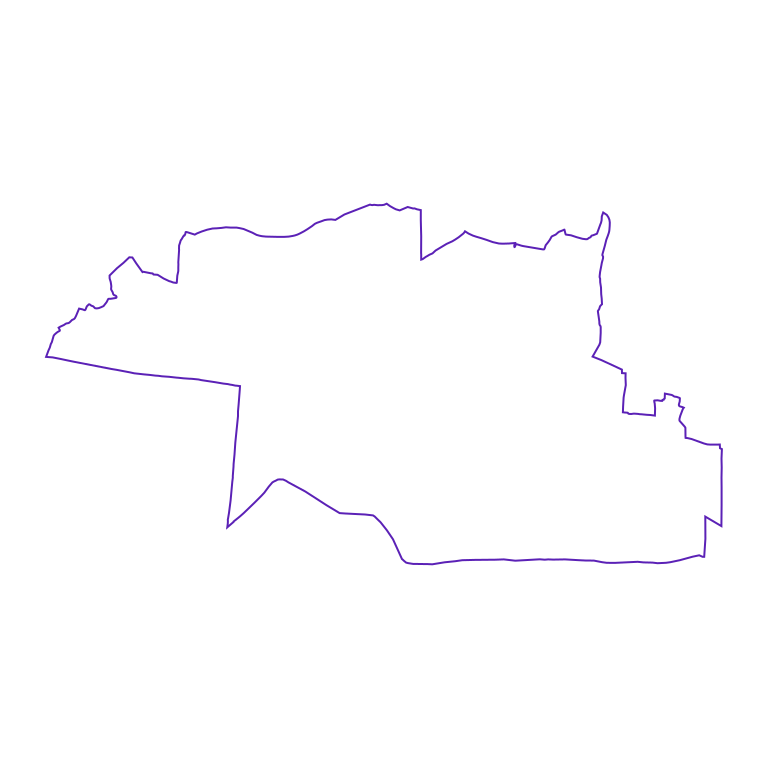 Lat Bua Luang, Phra Nakhon Si Ayutthaya, Thailand (Natural Earth projection)
{"feature_id": "78962969B9054765011768", "entity_name": "Lat Bua Luang", "entity_type": "district", "adm_level": 2, "iso_a3": "THA", "parent_name": "Thailand", "parent_adm1": "Phra Nakhon Si Ayutthaya", "projection": "natural_earth1", "projection_center": [100.34, 14.17], "detail": "fine", "context": "isolated", "style": "outline", "palette": "violet", "viewbox_px": 768, "rotation_deg": 0, "n_neighbors": 0, "source": "geoboundaries", "source_scale": "gbopen_adm2", "svg_char_len": 6041}
<svg xmlns="http://www.w3.org/2000/svg" viewBox="0 0 768 768"><path d="M233.6,521.9L233.6,521.5L237.9,518.1L240.2,516.2L243.6,513.2L254.4,502.8L261.6,495.6L264.3,492.7L268.8,486.6L272.4,482.4L274.3,481.3L275.5,480.8L277.7,479.6L279.3,479.4L283.1,479.5L286.0,480.8L288.3,482.3L305.3,491.5L326.5,505.2L339.6,513.1L345.3,513.5L365.1,514.5L373.0,515.4L374.7,516.5L377.5,519.3L380.6,522.3L386.9,530.3L393.0,539.3L402.0,559.1L402.6,559.5L403.7,560.6L406.1,562.6L408.0,563.1L413.0,563.9L428.0,564.1L432.3,564.3L444.6,562.3L455.4,561.2L462.3,560.2L474.6,559.9L495.4,559.7L503.8,559.4L515.3,560.7L539.8,559.3L544.7,559.7L548.2,559.4L553.2,559.6L565.0,559.4L579.0,560.2L585.3,560.5L593.9,560.6L602.2,562.2L606.7,562.8L614.5,562.9L637.7,561.8L643.6,562.4L652.4,562.6L657.6,563.2L666.0,562.8L670.3,562.2L679.8,560.2L692.6,556.7L699.2,555.3L702.6,556.8L704.2,556.8L705.4,538.8L705.3,516.6L721.4,526.1L721.6,504.9L721.6,487.4L721.5,477.6L721.7,467.6L721.5,458.6L721.9,449.1L720.5,448.5L720.0,448.2L719.8,444.5L717.8,444.6L710.3,444.6L707.3,444.4L704.0,443.5L691.5,439.0L687.6,438.1L685.6,437.9L685.5,436.8L685.4,428.2L685.3,427.5L684.5,426.4L679.9,421.2L679.6,420.8L679.4,420.0L679.5,418.7L680.3,415.7L682.7,409.4L683.1,408.6L683.8,407.7L682.7,407.2L679.7,406.3L679.3,406.0L679.1,405.7L678.9,405.2L678.9,404.4L679.7,401.5L679.9,398.4L679.7,398.0L679.2,397.8L676.7,396.9L674.6,396.6L673.9,396.3L672.5,395.3L671.5,394.9L664.9,393.6L664.7,398.5L663.9,399.1L663.7,399.7L662.8,399.8L662.5,399.9L662.4,400.7L662.2,400.9L660.4,400.8L657.6,400.3L654.4,400.5L654.2,400.8L654.4,402.3L654.7,403.4L655.1,408.3L654.9,415.6L650.3,415.0L646.8,414.8L641.7,414.3L639.8,414.2L638.0,413.9L635.1,413.7L633.2,413.7L631.2,414.0L629.1,413.9L628.5,413.7L628.2,413.5L627.8,412.8L627.5,412.7L624.7,412.5L622.9,412.3L623.1,406.5L623.6,397.7L623.9,395.6L625.8,385.1L625.5,377.8L625.6,373.3L622.0,373.1L621.9,369.6L601.4,360.1L592.6,356.6L599.0,345.4L599.4,344.7L600.2,342.3L600.7,332.8L600.7,327.1L600.5,326.1L599.8,325.2L599.5,324.3L599.3,322.9L599.4,322.2L599.1,319.8L597.9,311.5L597.9,311.0L598.2,310.5L598.8,309.7L599.2,309.0L600.0,306.4L600.6,305.6L602.0,304.2L601.7,298.6L601.2,294.1L601.0,287.5L600.2,282.3L600.1,278.6L599.8,277.8L599.6,277.0L599.7,275.5L600.1,272.0L601.4,265.2L601.8,262.9L603.0,258.4L603.1,256.9L603.0,256.4L602.4,255.3L602.4,254.6L602.6,253.7L604.8,245.9L606.3,239.8L607.7,236.1L608.7,233.2L609.2,231.3L609.4,229.8L609.7,225.9L609.8,222.5L609.4,219.8L608.4,217.3L606.8,214.9L603.2,212.5L601.8,216.4L601.6,220.3L601.0,222.8L600.3,224.5L599.8,225.9L597.0,233.6L596.8,233.8L593.0,235.3L591.7,235.6L591.3,236.0L590.5,237.2L588.8,238.0L587.8,238.8L587.0,239.2L585.7,239.2L582.5,238.8L576.7,237.2L571.0,235.3L566.0,234.6L565.7,234.4L565.4,233.6L564.5,229.9L564.4,229.7L564.1,229.7L562.4,230.5L559.2,231.7L558.4,232.2L555.7,234.6L552.0,236.3L551.5,236.8L549.7,240.0L547.9,242.5L545.7,245.2L544.6,248.5L544.3,249.0L544.1,249.3L543.8,249.4L542.9,249.4L523.3,246.1L521.5,245.7L516.7,244.2L516.2,244.3L515.8,244.7L514.8,246.9L514.5,247.0L514.3,246.5L514.3,245.2L514.6,244.5L515.3,243.4L515.3,243.0L509.1,243.5L502.7,243.7L498.9,243.5L492.8,242.1L486.6,239.9L481.3,238.2L476.2,236.7L472.9,235.6L468.6,233.6L465.0,231.3L464.4,232.3L463.4,233.5L458.6,237.3L455.3,239.5L452.3,241.3L446.6,243.9L435.6,250.5L432.5,253.4L429.5,254.7L427.2,256.1L425.9,256.8L422.7,259.1L421.2,259.6L421.2,254.0L421.1,253.4L421.2,236.3L420.8,220.3L420.8,210.1L417.0,209.3L414.8,208.5L414.3,208.4L413.1,208.5L407.7,207.0L399.7,210.4L395.9,209.3L393.7,208.2L390.0,206.1L386.7,203.7L384.1,204.8L382.1,205.1L377.6,205.2L374.0,204.8L372.6,205.1L371.3,205.0L370.0,204.6L344.4,214.5L335.4,219.9L331.2,219.4L327.5,219.6L324.5,220.1L321.3,221.3L317.0,222.8L314.9,223.8L312.0,226.1L307.4,229.2L303.8,231.4L299.6,233.6L297.4,234.6L295.0,235.4L292.9,235.9L288.7,236.6L283.5,236.9L279.1,236.9L266.1,236.6L262.0,236.2L259.5,235.7L256.6,234.9L252.4,232.7L243.6,229.0L239.5,228.1L236.6,227.6L230.7,227.6L226.0,227.3L221.5,227.9L216.8,228.3L212.6,228.5L207.2,229.7L201.7,231.5L197.0,233.4L194.8,234.6L187.5,232.3L186.3,232.0L185.9,232.1L185.7,232.1L185.6,232.3L185.2,234.2L184.6,235.4L184.4,235.6L183.9,235.5L183.2,236.5L181.5,239.4L180.9,240.1L180.4,241.3L180.2,242.2L179.1,245.5L179.0,248.9L179.1,249.8L178.3,262.2L178.4,264.4L178.3,267.3L178.3,270.6L178.2,271.6L177.3,275.7L176.8,282.5L176.6,282.9L176.2,282.9L173.2,282.5L170.6,281.5L169.3,281.2L163.6,278.5L159.1,275.7L157.6,274.8L153.5,274.5L153.3,274.3L152.7,273.5L152.4,273.4L151.0,273.3L144.0,271.9L143.2,271.8L142.5,272.1L136.2,263.3L132.4,257.5L129.3,257.3L123.4,262.9L117.1,268.1L109.6,275.5L109.6,277.8L109.7,278.7L110.7,281.9L111.2,285.2L111.3,286.5L111.1,288.9L111.2,289.6L112.6,292.1L113.3,294.3L113.8,294.9L115.8,295.8L116.2,296.2L116.4,296.5L116.5,297.0L116.5,297.3L116.3,297.7L116.0,297.9L115.1,298.1L110.7,298.8L108.9,298.8L108.4,298.9L108.0,299.4L107.0,301.4L106.5,302.3L103.5,306.1L101.1,307.2L98.8,308.1L96.8,308.4L95.8,308.3L95.1,308.2L94.7,307.9L93.5,306.6L93.1,306.3L91.4,305.7L89.8,304.5L89.3,304.3L89.0,304.3L88.6,304.6L86.9,306.3L86.6,306.9L85.5,309.6L85.3,309.8L85.0,310.1L84.4,310.1L82.6,309.4L79.1,308.6L76.0,316.0L74.9,318.1L74.4,318.7L73.9,319.1L72.0,320.0L69.9,322.1L69.2,322.7L68.4,323.1L66.6,323.4L65.8,323.7L63.9,325.0L60.4,326.6L58.6,327.7L59.8,330.0L59.8,330.6L59.6,330.9L57.6,332.0L56.3,333.0L54.4,334.7L53.6,335.9L52.1,341.2L51.8,342.2L50.8,344.1L49.8,347.6L48.5,350.4L46.1,356.9L52.7,357.4L60.8,359.0L66.9,360.3L74.2,361.8L111.5,369.0L116.4,369.8L130.1,372.4L134.2,373.3L144.1,374.4L149.6,374.9L155.3,375.6L158.4,375.8L161.9,376.3L169.1,376.8L176.3,377.6L178.7,377.8L183.4,378.3L189.1,378.7L191.7,378.8L196.8,379.3L198.7,379.5L201.2,380.1L215.2,382.2L223.5,383.6L227.9,384.1L230.1,384.6L232.1,384.9L235.3,385.6L236.7,385.7L240.0,386.1L239.8,389.4L238.6,404.7L238.0,411.3L238.0,416.2L235.3,442.8L234.5,454.6L233.6,464.0L233.5,466.8L232.8,476.0L232.8,477.8L232.3,481.7L230.6,500.4L229.0,512.9L228.0,518.8L227.8,519.7L227.9,521.2L227.8,523.4L227.3,527.3L233.6,521.9Z" fill="none" stroke="#5b21b6" stroke-width="2"/></svg>